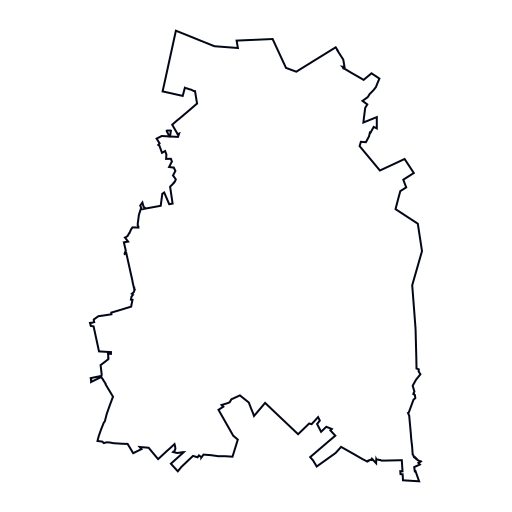 outline of Ekurhuleni, Gauteng, South Africa
{"feature_id": "47623444B61881803671589", "entity_name": "Ekurhuleni", "entity_type": "district", "adm_level": 2, "iso_a3": "ZAF", "parent_name": "South Africa", "parent_adm1": "Gauteng", "projection": "mercator", "projection_center": [28.292, -26.184], "detail": "fine", "context": "isolated", "style": "outline", "palette": "ink", "viewbox_px": 512, "rotation_deg": 0, "n_neighbors": 0, "source": "geoboundaries", "source_scale": "gbopen_adm2", "svg_char_len": 5742}
<svg xmlns="http://www.w3.org/2000/svg" viewBox="0 0 512 512"><path d="M91.2,380.4L91.1,382.0L101.2,377.0L102.9,379.4L103.1,379.6L103.2,380.0L105.1,383.0L105.6,383.6L105.6,384.4L113.0,396.7L109.7,405.5L106.7,414.0L104.9,421.1L103.7,422.9L101.1,429.4L98.8,435.9L97.8,439.7L97.5,441.0L102.3,441.6L103.8,443.1L106.6,442.3L109.9,442.5L113.5,443.2L123.0,443.8L127.6,443.9L133.2,453.2L138.4,450.6L141.5,449.1L139.7,447.0L143.2,447.3L146.0,447.5L146.9,447.6L148.7,447.8L151.8,451.6L158.1,459.1L158.9,458.4L167.0,450.9L169.6,448.6L174.5,444.1L175.0,445.9L175.4,448.8L175.2,449.1L174.4,451.4L174.2,451.5L173.6,451.6L173.4,451.7L173.3,451.9L173.2,451.9L173.1,452.0L176.7,452.9L177.2,453.0L178.0,452.9L183.3,452.1L183.8,452.1L170.9,463.7L177.8,471.3L181.5,466.8L193.0,455.9L197.6,457.3L198.9,455.4L201.4,457.2L201.3,457.3L201.3,457.6L203.5,454.6L211.3,455.2L218.2,456.2L225.0,456.2L232.5,456.7L237.8,439.6L235.7,437.8L233.2,435.7L218.5,409.8L223.3,406.7L221.6,405.0L227.7,403.1L229.6,402.3L231.4,399.3L239.9,395.4L248.8,402.5L251.3,409.0L252.8,412.6L254.0,416.0L259.1,410.0L265.1,402.9L281.2,418.2L298.1,434.2L309.2,423.5L311.6,424.2L312.7,423.0L313.0,422.6L313.7,421.9L314.0,421.6L315.8,419.6L316.2,419.2L316.5,418.8L318.1,417.1L319.8,420.6L317.1,424.0L321.1,431.8L326.3,426.8L331.8,429.0L330.4,430.4L335.3,435.7L329.0,441.0L310.2,457.1L312.6,459.9L313.0,460.3L316.7,466.5L335.6,453.0L341.1,446.9L355.8,455.2L355.8,455.3L356.1,455.4L362.5,459.1L364.5,460.1L366.7,461.3L366.8,461.2L367.3,461.3L367.5,461.5L367.9,461.3L367.9,460.9L368.4,460.6L368.6,460.6L368.6,460.4L369.1,460.3L369.4,460.2L369.5,460.2L369.9,460.1L370.1,460.0L370.3,459.8L370.4,459.7L370.7,459.6L370.8,459.6L371.2,459.8L371.5,460.0L371.9,460.1L372.0,460.0L372.0,459.6L372.1,459.3L372.1,459.2L371.9,459.1L372.0,458.8L376.1,463.2L376.1,462.9L376.3,459.2L376.4,459.4L376.5,459.5L376.9,459.5L378.0,459.5L378.8,459.9L379.3,460.0L380.1,460.0L380.4,460.0L380.8,460.3L381.5,460.6L381.9,460.6L384.2,460.6L401.8,460.2L402.5,471.3L400.3,471.2L400.5,474.1L402.6,474.3L403.0,480.3L419.1,481.3L415.5,471.1L414.8,471.3L414.2,467.1L419.9,464.5L418.4,462.9L421.0,461.4L420.9,461.3L420.7,461.2L420.1,461.3L419.9,461.3L419.8,461.2L419.7,461.1L419.2,461.1L418.8,460.6L418.2,460.3L417.8,460.1L417.4,460.0L417.2,459.6L417.0,459.2L416.8,459.1L416.7,459.0L416.6,458.8L416.5,458.7L416.6,459.4L416.4,459.1L416.2,459.0L416.1,458.9L416.0,458.7L415.9,458.6L415.7,458.5L415.5,458.2L415.2,457.9L414.9,457.3L414.7,457.4L414.5,457.5L414.3,457.4L414.1,457.3L414.0,457.2L413.9,456.8L413.7,456.5L413.6,456.2L413.6,455.8L413.5,455.5L413.2,455.0L412.7,454.6L412.1,446.5L411.2,438.7L410.8,433.4L409.2,415.7L408.0,413.0L408.7,412.7L410.1,408.9L413.5,399.7L415.3,398.1L414.9,395.0L413.4,394.1L413.8,393.3L413.6,393.1L414.4,391.6L412.7,385.7L416.1,379.6L420.4,374.3L418.6,371.3L418.8,369.4L416.5,368.5L416.3,357.3L415.6,330.4L415.5,328.7L415.5,327.7L415.3,325.8L415.3,325.5L414.4,313.6L412.3,286.4L412.2,285.3L422.0,251.1L417.8,223.7L395.6,209.2L395.7,208.4L398.4,198.1L400.3,191.1L406.2,187.4L403.3,179.7L413.8,173.0L404.6,159.0L379.9,170.5L359.6,146.1L360.9,141.8L365.9,142.2L369.0,136.4L369.9,132.6L370.4,132.9L373.7,126.9L376.8,128.4L376.8,117.1L363.4,122.5L363.8,118.8L365.2,107.9L367.3,104.4L362.5,100.9L365.8,98.5L367.7,97.1L368.1,96.6L369.6,94.1L370.5,93.2L373.3,90.4L375.6,87.5L375.9,87.1L377.4,83.3L379.4,78.6L371.5,73.3L363.6,79.9L362.5,79.2L351.5,72.9L344.8,68.9L343.3,68.4L343.2,68.0L343.0,67.3L342.8,67.0L342.5,66.7L344.5,66.9L343.5,60.9L343.2,59.5L338.5,52.2L337.4,50.4L337.6,50.3L335.7,47.3L324.4,54.3L314.8,60.2L296.3,71.7L286.0,67.9L272.6,39.0L236.6,40.6L237.9,48.0L218.0,46.5L214.3,46.2L175.9,30.7L165.6,77.8L162.6,91.4L182.7,95.9L184.9,87.7L186.0,88.2L187.5,88.5L188.0,88.8L188.8,89.1L190.5,89.5L191.4,89.8L193.3,90.8L193.9,91.0L194.3,91.1L194.5,91.1L195.0,91.1L196.3,98.9L196.4,99.4L196.4,99.7L197.1,103.6L196.6,103.9L196.5,104.0L196.4,104.1L192.9,107.1L192.6,107.4L192.1,107.8L191.9,108.0L179.3,118.7L176.9,120.6L173.9,123.2L173.4,123.7L173.1,123.9L173.0,124.0L172.2,124.7L176.7,132.5L177.6,134.2L179.1,133.6L178.0,136.9L170.0,136.5L170.9,130.7L170.3,130.5L169.7,130.5L169.0,130.5L168.4,130.5L167.8,130.5L167.1,130.6L166.7,130.7L166.7,130.9L166.8,131.3L168.2,134.0L168.5,134.4L168.6,134.5L168.6,134.8L168.6,135.3L168.7,135.8L168.9,136.5L168.5,136.4L161.8,136.0L156.6,138.6L159.6,143.4L158.3,144.9L159.4,145.7L162.0,152.8L165.1,151.0L166.4,154.5L166.1,158.9L170.9,158.8L171.9,161.5L169.1,167.0L173.4,167.6L173.7,167.5L175.4,170.9L173.4,174.7L173.1,175.4L173.0,175.6L173.2,175.8L173.3,175.8L175.8,179.4L174.8,181.8L173.8,182.5L173.9,182.9L170.1,186.7L172.6,203.6L169.2,204.2L164.2,192.5L162.3,193.8L160.7,205.8L144.1,208.8L144.3,207.6L144.5,207.5L143.6,206.8L142.4,202.5L140.2,205.6L141.8,209.2L140.7,209.2L139.1,214.2L138.9,214.8L138.8,215.4L138.7,216.3L138.6,217.6L138.4,218.4L138.2,220.5L137.8,223.0L137.7,225.3L137.8,225.7L138.4,226.5L138.4,227.5L139.0,227.6L139.4,227.6L132.4,227.4L131.8,228.4L131.1,229.3L129.5,233.0L129.3,233.0L127.5,236.1L125.3,237.5L125.0,237.6L128.1,241.6L123.9,242.3L125.1,247.8L125.2,248.0L125.3,248.4L125.8,250.9L125.5,251.2L125.4,251.3L125.3,251.7L125.2,252.1L124.6,253.6L124.7,254.0L126.3,253.2L131.1,274.9L131.5,276.6L132.4,280.7L132.7,282.5L133.9,287.7L134.2,287.7L134.3,289.9L134.6,289.9L133.8,292.1L132.2,293.5L132.7,293.6L132.3,295.4L132.5,295.4L131.5,296.7L130.9,299.6L132.5,299.8L131.6,304.2L131.5,304.5L131.2,306.6L119.1,310.3L111.3,312.6L111.4,314.3L102.8,315.6L98.4,316.2L93.9,319.4L93.7,319.8L94.2,322.1L92.3,322.7L90.0,322.9L90.8,325.9L93.6,326.4L99.0,351.4L111.0,352.1L110.9,353.9L108.0,353.7L108.4,357.8L108.2,357.8L108.3,359.2L100.6,365.1L101.7,374.7L101.4,375.9L90.7,378.1L91.0,380.0L91.2,379.9L91.2,380.4Z" fill="none" stroke="#020617" stroke-width="2"/></svg>